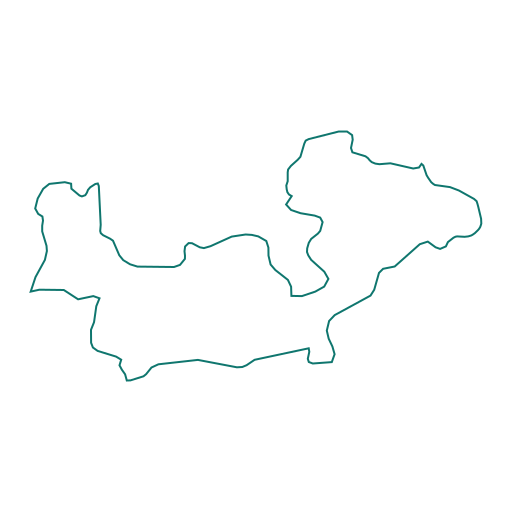 outline of Sondrio
{"feature_id": "ITA-5444", "entity_name": "Sondrio", "entity_type": "Province", "adm_level": 1, "iso_a3": "ITA", "parent_name": "Italy", "parent_adm1": "", "projection": "natural_earth1", "projection_center": [9.94, 46.319], "detail": "fine", "context": "isolated", "style": "outline", "palette": "teal", "viewbox_px": 512, "rotation_deg": 0, "n_neighbors": 0, "source": "natural_earth", "source_scale": "10m", "svg_char_len": 2320}
<svg xmlns="http://www.w3.org/2000/svg" viewBox="0 0 512 512"><path d="M30.7,291.6L35.5,277.1L44.9,259.9L46.9,251.0L46.5,245.8L42.2,231.4L42.2,225.7L43.0,220.6L42.4,216.5L38.2,213.9L35.2,208.5L37.7,198.5L43.2,188.8L49.3,183.9L64.8,182.2L71.1,183.7L71.4,188.7L79.5,195.5L81.9,196.4L85.3,195.2L86.9,192.7L88.0,189.9L90.2,187.3L95.3,184.0L97.8,183.5L98.8,186.0L100.7,224.8L100.2,231.0L100.8,233.2L103.1,235.2L110.1,238.7L113.0,240.7L119.3,255.3L123.3,260.2L130.1,264.3L137.5,266.6L174.0,267.0L180.0,264.9L184.9,258.9L185.0,255.8L184.5,251.2L185.1,246.5L188.6,243.1L192.0,243.2L199.8,247.3L203.9,248.1L210.5,246.2L231.7,236.6L245.6,234.5L251.8,234.9L258.3,236.4L266.3,241.0L268.4,247.6L268.5,255.6L270.6,264.5L275.3,270.0L287.9,279.9L291.1,286.7L291.4,295.9L301.9,296.1L315.3,291.6L324.2,286.6L328.4,278.9L324.3,271.7L311.2,259.9L308.3,255.4L307.0,252.0L307.2,248.3L308.8,242.8L311.2,238.9L317.9,233.6L320.2,230.9L322.6,222.1L320.2,217.6L314.7,215.6L300.5,213.2L291.1,210.0L286.1,204.5L291.7,196.1L289.0,194.5L287.4,192.2L286.7,189.3L286.3,185.5L287.7,181.2L287.7,172.4L288.1,169.5L290.9,165.9L297.7,159.8L300.4,156.8L304.3,143.6L305.7,140.6L308.7,139.1L338.8,131.5L347.0,131.5L352.1,135.1L352.7,139.7L351.0,148.0L352.4,152.3L365.5,156.3L368.0,158.2L369.7,160.3L371.7,162.1L375.3,163.6L379.4,164.2L390.4,163.3L413.2,168.5L419.0,167.5L421.5,163.9L423.3,165.5L426.6,175.2L428.1,177.7L431.2,182.2L433.2,183.9L434.9,185.0L450.0,187.1L458.9,190.5L474.0,198.9L476.6,201.2L477.5,204.0L478.3,207.0L481.1,218.8L481.3,223.6L480.8,225.3L480.2,227.0L479.1,228.8L478.0,230.1L474.8,233.2L472.5,234.8L471.2,235.5L468.2,236.4L464.6,236.8L457.1,236.4L455.5,236.7L453.5,237.7L447.9,242.1L445.9,246.4L440.1,248.9L435.6,247.3L427.8,241.6L419.8,244.2L394.7,266.5L383.1,268.8L379.0,272.9L374.2,289.8L370.5,295.6L334.7,315.1L329.1,321.0L326.8,330.6L328.7,338.7L332.4,346.5L334.6,354.2L331.8,362.1L312.8,363.5L308.8,362.0L307.8,358.8L309.3,351.8L308.7,348.3L254.6,359.8L246.6,365.2L242.3,367.0L236.9,367.3L197.9,359.9L158.4,364.3L151.5,367.5L146.1,374.2L143.5,376.3L130.4,380.4L126.8,380.5L125.1,374.3L121.8,369.6L119.5,365.3L121.2,359.7L116.1,356.6L97.6,350.9L92.9,347.5L91.1,342.8L91.0,329.8L94.0,322.3L94.3,320.4L96.3,306.2L99.5,298.3L93.3,296.1L78.1,299.3L63.8,290.0L39.4,289.7L30.7,291.6Z" fill="none" stroke="#0f766e" stroke-width="2"/></svg>